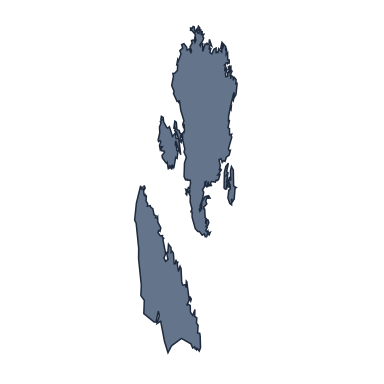 the district of Leka nor, Nord-Trøndelag, Norway, rotated 106°
{"feature_id": "86288312B5983253954554", "entity_name": "Leka nor", "entity_type": "district", "adm_level": 2, "iso_a3": "NOR", "parent_name": "Norway", "parent_adm1": "Nord-Trøndelag", "projection": "robinson", "projection_center": [11.714, 65.094], "detail": "fine", "context": "isolated", "style": "filled", "palette": "slate", "viewbox_px": 384, "rotation_deg": 106, "n_neighbors": 0, "source": "geoboundaries", "source_scale": "gbopen_adm2", "svg_char_len": 6031}
<svg xmlns="http://www.w3.org/2000/svg" viewBox="0 0 384 384"><g transform="rotate(106 192 192)"><path d="M228.6,163.7L226.0,163.4L226.6,163.9L225.3,166.0L226.6,166.5L225.3,166.4L226.1,167.1L225.1,168.3L221.7,167.5L221.1,169.1L219.9,167.7L216.9,167.4L214.6,168.8L214.3,170.4L218.5,169.6L218.0,170.5L213.6,171.1L213.0,172.3L204.9,175.1L204.9,176.2L202.2,176.5L203.1,176.3L199.3,174.5L197.0,176.3L192.6,176.0L192.0,175.1L193.6,175.1L192.9,173.0L191.0,175.0L192.7,178.1L198.9,179.8L205.6,178.1L208.4,179.1L206.5,180.3L205.0,179.4L203.2,180.4L195.8,179.9L188.9,180.7L187.0,182.5L183.0,181.4L178.2,182.5L179.0,182.0L178.3,181.4L181.7,181.4L182.8,179.5L177.4,179.1L181.9,178.1L180.1,176.9L181.0,176.3L180.2,175.6L180.9,174.7L178.6,176.6L176.5,176.1L176.1,172.3L173.8,172.0L174.1,170.9L172.6,169.9L167.4,170.0L168.5,171.9L162.6,169.9L162.1,170.8L163.4,170.6L163.3,171.8L158.9,172.0L153.5,174.9L152.0,173.4L155.2,171.1L153.2,170.3L153.5,168.7L149.1,168.6L146.3,166.5L141.4,166.6L142.0,167.5L140.4,168.9L128.2,168.9L127.2,170.0L125.5,169.8L126.6,171.7L120.8,173.4L120.3,175.1L112.3,175.8L114.5,176.3L109.1,177.7L101.2,178.4L102.2,177.2L98.2,177.9L99.0,178.6L91.2,178.9L92.6,177.5L89.5,177.9L89.0,179.1L84.6,179.1L89.5,177.4L86.1,176.6L75.9,178.4L75.0,178.8L75.8,179.7L71.8,180.6L70.3,182.9L73.4,183.2L70.3,183.8L69.2,186.2L72.7,186.2L70.1,186.4L69.6,187.5L64.8,186.8L64.7,187.9L60.3,189.3L61.4,191.2L65.0,190.1L61.5,190.2L63.3,189.0L66.3,189.6L65.1,188.4L67.2,189.2L66.5,190.1L67.6,190.7L71.0,189.6L71.9,191.2L69.2,192.5L64.0,191.9L65.3,192.4L63.5,192.9L66.9,193.9L60.3,194.9L60.6,195.6L58.5,194.6L57.9,193.9L58.6,193.2L57.3,193.2L58.2,192.8L57.9,191.8L57.0,191.9L54.8,192.7L55.1,194.1L48.4,196.1L50.5,197.1L46.5,197.6L45.6,198.1L47.3,198.4L42.9,199.7L41.4,202.0L46.0,202.2L40.9,203.0L39.9,204.4L46.0,204.0L45.8,202.9L49.2,202.1L46.9,205.9L50.7,205.5L50.4,206.7L52.1,207.1L47.0,208.5L48.6,210.2L53.8,211.0L53.0,213.4L49.3,213.3L49.7,214.0L47.9,214.7L50.5,214.9L46.7,215.3L45.7,214.6L46.2,213.4L40.5,217.3L44.7,216.5L45.9,217.2L44.9,218.6L46.0,218.9L46.1,220.2L54.0,220.4L46.4,222.6L46.7,224.0L49.3,224.3L48.4,225.0L43.7,223.4L40.7,223.2L39.7,224.6L37.1,224.1L37.9,225.7L34.3,226.6L37.1,226.0L37.8,226.7L33.8,228.2L34.4,229.4L32.3,229.6L30.9,231.5L33.5,231.5L35.4,229.7L34.7,229.5L37.6,229.0L37.5,230.4L34.5,232.3L37.5,233.0L32.6,235.5L32.5,236.5L34.4,237.0L34.7,238.6L37.6,237.7L36.1,237.5L39.8,232.1L45.7,231.6L43.1,231.0L45.0,230.0L47.3,230.4L46.2,230.9L45.7,233.1L46.5,234.2L49.0,232.9L53.0,233.9L56.8,231.2L58.3,231.5L55.2,234.1L57.0,235.8L54.4,237.0L51.6,240.7L53.2,242.6L56.3,240.6L59.4,242.7L62.4,240.6L70.2,241.3L68.9,242.2L74.1,241.7L73.9,240.7L79.3,239.6L82.8,241.5L83.3,243.1L86.0,241.7L95.2,240.9L100.2,237.0L102.4,237.0L109.1,231.3L108.4,230.1L110.3,229.0L107.2,229.5L116.8,225.2L125.7,219.4L129.4,219.6L131.3,218.5L128.9,218.3L134.9,216.2L137.8,216.0L136.6,216.6L138.5,217.3L144.7,215.2L152.6,210.8L155.8,210.7L160.2,207.0L166.3,207.2L179.3,203.9L182.1,201.6L181.1,200.3L182.0,199.8L181.1,197.0L183.6,195.9L189.4,195.2L188.7,196.7L191.3,196.9L191.1,198.8L193.8,197.2L195.4,197.5L196.2,196.3L192.3,196.8L193.4,195.3L190.9,194.5L195.1,193.9L196.1,192.6L202.2,191.0L208.3,187.3L211.3,187.6L211.1,186.5L216.3,184.9L226.3,178.8L228.4,175.5L228.0,173.9L230.7,170.3L229.0,168.6L231.3,167.0L231.0,165.6L227.7,165.5L228.6,163.7ZM327.0,190.8L315.8,191.5L319.9,189.3L328.1,189.4L324.9,186.5L343.1,177.3L353.1,170.8L345.5,169.3L335.7,161.8L338.3,151.1L341.8,148.3L340.2,146.8L342.0,145.6L341.2,145.0L342.4,144.1L341.1,143.6L342.9,141.2L339.3,140.9L328.9,144.2L325.7,145.6L326.0,147.7L318.4,149.4L316.9,151.5L311.6,152.7L310.9,155.1L304.2,156.8L310.5,157.2L307.9,160.4L301.6,162.4L301.0,164.7L302.6,165.9L295.4,164.7L297.2,163.2L295.0,163.2L293.5,165.0L295.2,165.5L279.8,172.2L279.3,172.9L285.6,171.4L282.8,172.8L284.2,174.9L281.6,177.0L268.6,181.4L266.7,183.0L272.2,183.1L265.1,186.4L263.4,186.2L263.2,188.1L261.4,188.7L265.4,188.1L266.0,189.3L255.8,193.1L254.4,194.9L255.7,195.4L251.2,196.9L248.7,200.2L257.1,198.5L257.1,199.8L263.4,196.5L266.0,198.2L263.1,200.8L258.7,200.3L245.6,206.9L244.3,206.4L243.7,208.1L242.0,208.3L242.9,210.4L240.2,213.6L238.1,213.3L238.6,211.9L235.1,212.1L230.4,216.5L225.4,218.2L226.7,218.5L226.6,220.1L224.9,219.9L224.3,222.2L218.8,225.1L218.2,227.2L216.6,228.4L217.9,231.0L215.7,231.2L213.3,233.7L208.4,234.8L207.9,235.9L209.2,236.2L207.4,236.6L207.8,237.3L204.2,238.9L201.2,238.1L198.9,239.7L203.3,239.1L202.7,241.2L201.8,241.2L202.6,241.7L200.2,243.1L218.0,242.4L234.8,239.4L237.4,237.1L260.9,227.7L270.8,225.0L295.7,215.0L305.7,212.6L309.3,208.0L322.2,204.8L327.4,192.7L327.0,190.8ZM159.3,213.1L145.1,219.2L147.3,216.1L145.0,216.2L143.8,218.0L141.4,218.2L142.9,217.0L139.0,218.2L138.6,220.0L136.5,221.3L136.1,223.7L129.3,226.3L128.6,228.0L136.3,227.0L134.3,226.6L136.0,225.3L137.9,225.6L138.5,223.5L144.5,219.7L144.9,222.2L139.5,224.2L144.0,226.0L135.5,231.7L137.3,232.9L136.8,234.3L132.3,238.7L128.3,240.2L127.7,242.3L130.6,242.0L130.8,240.7L132.9,241.9L134.3,240.8L138.4,241.2L144.0,239.3L151.5,238.9L152.7,238.0L151.4,237.0L152.1,235.9L156.3,236.1L159.4,234.5L156.3,234.3L157.2,234.0L156.7,233.0L159.2,233.8L160.8,232.8L160.4,230.1L161.4,229.4L165.2,230.9L167.5,229.8L171.1,225.1L171.4,224.1L170.6,223.9L176.2,221.2L175.2,220.2L172.6,221.1L175.9,217.6L171.5,219.1L173.4,217.2L172.2,217.5L173.0,216.2L163.2,217.2L163.8,215.6L156.2,216.8L156.4,217.8L150.6,220.6L151.9,221.0L147.3,221.8L159.3,213.1ZM187.1,149.5L176.7,151.6L175.5,150.7L175.1,153.0L173.9,153.9L159.6,158.3L156.7,161.1L161.1,160.9L169.2,158.2L170.5,158.1L167.1,160.1L170.8,160.0L174.3,158.0L173.9,159.3L172.6,159.3L173.3,160.7L171.1,160.9L172.3,161.6L168.0,162.0L166.6,162.7L167.0,163.6L165.5,163.4L165.8,162.4L163.6,162.6L163.0,164.3L154.2,165.0L158.0,166.5L164.2,166.3L179.3,162.3L180.1,160.7L179.1,159.9L180.0,159.2L176.0,160.8L173.8,160.0L177.2,158.9L177.1,157.5L173.6,157.7L178.5,156.0L180.2,157.1L187.7,155.9L192.6,152.5L193.4,150.4L187.6,152.1L189.9,150.3L187.1,149.5Z" fill="#64748b" stroke="#1e293b" stroke-width="1.5"/></g></svg>